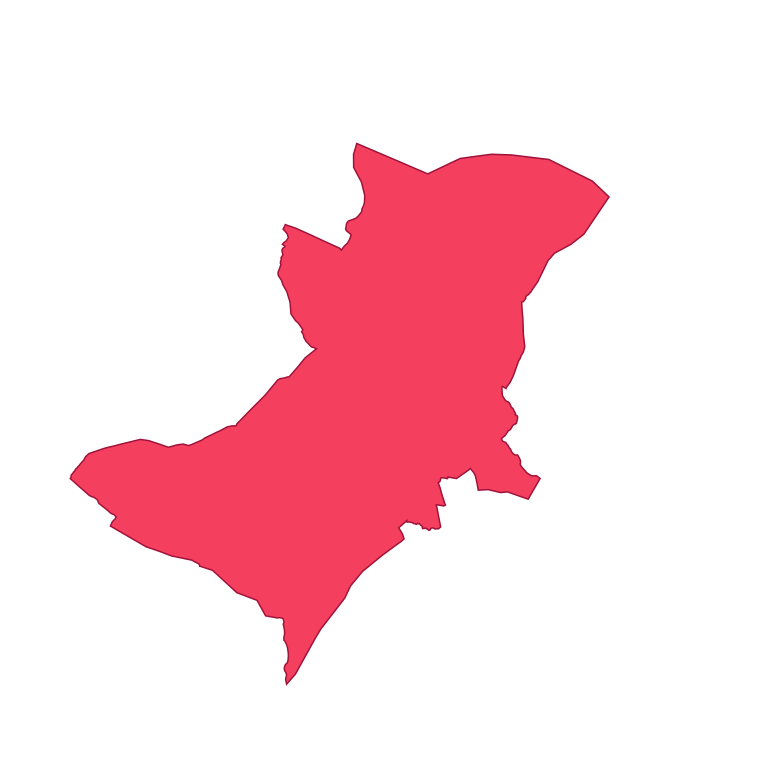 Ado-Ekiti, Ekiti, Nigeria, rotated 133°
{"feature_id": "59680162B25214275797379", "entity_name": "Ado-Ekiti", "entity_type": "district", "adm_level": 2, "iso_a3": "NGA", "parent_name": "Nigeria", "parent_adm1": "Ekiti", "projection": "mercator", "projection_center": [5.254, 7.621], "detail": "fine", "context": "isolated", "style": "filled", "palette": "rose", "viewbox_px": 768, "rotation_deg": 133, "n_neighbors": 0, "source": "geoboundaries", "source_scale": "gbopen_adm2", "svg_char_len": 5833}
<svg xmlns="http://www.w3.org/2000/svg" viewBox="0 0 768 768"><g transform="rotate(133 384 384)"><path d="M226.7,568.0L230.1,566.2L234.4,564.1L236.7,563.0L246.3,553.9L251.0,540.3L251.7,538.2L256.3,531.2L259.3,526.6L264.0,522.6L266.3,521.1L267.8,520.5L270.9,519.6L273.0,517.9L273.9,517.8L275.5,517.6L277.2,517.5L279.0,517.4L280.4,517.5L281.8,517.6L283.0,518.1L284.1,518.6L285.3,519.2L289.0,521.2L290.8,521.2L291.6,520.9L292.9,520.4L294.6,519.2L295.1,518.8L296.9,517.8L297.5,515.9L297.4,513.7L297.3,512.2L297.2,511.3L297.2,510.0L298.2,509.4L300.4,508.3L302.4,507.6L303.8,507.2L305.4,507.0L306.6,506.8L308.6,507.0L310.3,507.1L312.0,506.9L315.2,506.6L314.9,508.9L316.2,512.7L317.2,515.7L318.1,518.4L319.2,521.8L320.7,526.1L321.8,529.7L322.8,532.6L325.0,539.4L325.9,542.0L326.7,544.4L327.2,545.9L328.7,550.2L330.1,554.4L330.9,556.3L331.9,558.5L334.1,563.4L334.7,564.9L335.6,564.5L336.4,564.3L337.2,564.0L338.1,563.9L338.9,563.7L339.8,563.0L339.6,561.9L339.7,560.8L340.2,557.4L340.9,555.8L341.5,555.1L341.8,554.0L342.3,553.8L346.1,553.1L347.0,553.2L348.0,553.6L350.0,553.6L351.2,553.5L350.8,551.4L350.7,550.3L351.5,550.1L351.9,550.1L352.9,550.5L354.4,550.5L356.1,549.6L357.6,547.3L358.6,545.9L360.3,545.7L362.0,545.4L362.4,544.5L363.8,543.6L364.7,543.4L366.2,542.3L366.8,541.0L369.1,539.9L371.2,539.0L374.5,537.7L376.2,536.1L376.9,534.7L378.1,529.7L380.3,525.7L382.9,517.7L388.3,508.5L396.2,499.8L398.0,492.0L398.0,490.5L397.9,488.6L398.3,486.5L398.5,485.3L399.6,480.6L400.4,480.1L402.1,479.9L402.6,477.1L403.3,476.2L404.3,474.9L404.8,473.9L405.2,472.3L405.5,471.5L405.9,470.4L406.0,468.2L406.2,465.4L406.4,463.1L406.1,461.6L405.2,460.2L404.7,458.4L404.2,457.5L404.9,457.5L418.8,459.5L429.9,458.7L443.6,458.3L445.2,459.8L446.9,460.5L450.8,463.5L453.6,464.5L473.1,463.3L494.3,464.0L513.7,464.4L515.2,463.6L516.5,464.7L518.4,466.7L522.5,469.5L530.5,472.2L533.2,473.4L542.1,476.8L545.9,478.3L548.4,478.6L558.5,483.0L562.2,484.8L564.9,489.9L569.6,493.8L577.3,498.5L580.8,506.5L581.0,506.9L585.9,517.5L590.8,524.5L601.2,531.3L608.3,536.0L612.8,538.8L618.5,542.6L621.8,544.7L623.7,545.7L630.4,549.3L634.1,551.3L636.0,552.3L639.1,552.5L640.0,552.6L641.1,552.6L644.3,551.7L649.7,551.6L651.6,551.3L653.2,551.4L654.6,551.2L656.0,551.5L657.2,551.3L659.0,550.9L660.4,551.0L661.7,550.6L662.5,550.7L664.1,550.6L664.6,550.1L665.6,549.3L666.6,549.1L667.2,548.9L667.0,544.8L667.0,540.4L666.9,536.8L666.7,531.3L666.5,523.7L665.8,521.1L664.8,519.2L664.6,517.9L664.1,514.8L665.1,512.7L665.8,511.1L665.5,507.9L664.9,499.4L664.9,496.4L664.6,494.6L663.7,492.6L663.8,489.3L666.3,488.6L668.5,488.8L670.8,488.5L671.1,488.4L674.5,487.2L665.3,446.9L660.0,435.2L654.5,421.8L644.0,404.6L641.8,396.4L642.9,394.5L637.2,382.3L637.0,349.4L628.8,329.3L634.3,312.5L632.9,310.2L630.0,305.9L627.9,302.5L626.3,301.3L624.6,298.7L624.5,297.8L626.3,294.7L628.4,293.9L629.6,292.0L632.1,288.7L634.6,286.2L637.5,284.5L639.7,282.4L639.6,281.0L641.5,276.5L643.3,273.9L646.1,270.5L648.2,268.4L651.3,265.9L653.8,264.6L656.4,264.8L658.8,263.9L659.9,263.1L661.2,261.6L661.9,259.3L662.9,257.2L664.0,256.3L666.2,255.2L667.4,254.2L669.1,251.7L670.0,250.5L656.7,250.9L616.6,260.9L606.3,263.1L567.2,266.7L554.3,270.8L535.6,271.9L509.5,268.3L494.6,265.5L487.1,264.0L483.6,263.7L481.1,268.2L479.1,275.2L468.3,274.1L469.3,273.1L467.5,271.1L466.9,270.2L466.4,269.5L465.9,268.2L465.9,267.3L465.1,266.2L464.6,264.6L463.7,264.4L463.0,264.4L462.8,263.5L462.4,263.3L462.0,262.7L462.3,261.4L462.0,258.9L462.9,258.0L463.4,257.1L462.5,256.4L461.2,255.4L460.8,254.2L460.3,251.2L459.3,250.8L458.1,251.2L457.1,251.0L455.9,250.2L455.5,249.1L455.3,247.8L454.2,247.0L453.6,246.2L453.3,246.2L452.6,245.4L449.9,245.1L436.6,263.4L432.4,257.1L430.5,256.5L429.7,258.7L429.2,259.4L424.4,267.9L421.3,272.8L419.9,275.7L419.2,277.2L418.9,277.2L418.7,276.9L418.4,276.8L418.0,276.7L417.0,276.6L416.5,276.9L414.0,278.3L412.6,277.2L411.4,275.4L410.4,273.6L409.8,273.0L408.5,273.8L407.2,271.9L406.2,270.3L405.1,268.7L403.7,266.5L403.0,266.4L399.5,265.6L396.3,265.0L394.8,264.6L392.3,264.1L389.1,263.4L387.8,263.4L386.9,263.3L387.6,258.2L388.8,254.6L393.3,248.0L397.4,242.7L392.4,237.9L390.2,235.8L388.9,233.5L387.1,230.4L386.0,228.4L383.9,224.7L378.7,220.1L371.9,204.5L369.9,200.0L360.1,202.3L346.6,205.4L346.8,206.5L346.9,208.7L347.2,210.2L349.1,211.8L350.6,213.8L351.1,216.3L351.5,219.1L351.1,222.9L350.7,227.3L349.9,229.4L347.2,231.6L345.9,234.2L344.8,237.8L346.5,239.8L347.0,241.8L346.6,244.1L346.0,245.8L345.3,247.1L345.2,248.8L344.8,250.2L344.3,251.3L344.2,253.1L343.7,255.2L344.4,256.7L344.9,258.2L344.1,260.7L343.0,260.7L342.2,260.8L341.6,260.7L340.6,260.5L339.3,260.2L334.9,260.9L333.8,261.2L333.2,261.1L332.9,260.9L331.4,260.6L330.5,260.6L328.3,261.1L326.7,261.6L324.9,261.2L323.3,260.5L322.6,260.4L321.8,260.8L320.4,261.5L318.9,262.4L316.9,263.8L316.5,265.0L316.5,265.9L316.7,266.4L316.8,266.5L316.9,267.0L316.4,267.5L315.7,268.0L315.0,270.6L314.6,271.3L314.0,272.8L314.0,273.4L314.1,274.5L314.1,275.2L313.7,276.0L313.0,277.5L312.3,279.6L312.4,281.3L313.1,282.5L313.1,284.4L312.6,286.5L312.1,288.3L311.6,289.6L309.2,292.3L307.7,293.9L306.5,295.1L305.0,295.8L304.7,294.7L304.6,294.1L304.1,291.7L302.0,292.3L296.7,292.9L290.2,294.9L283.6,297.7L275.3,301.3L273.0,301.7L271.0,302.4L269.8,303.0L267.9,303.4L266.1,303.7L263.6,304.9L260.6,306.6L258.5,309.1L252.3,316.3L248.9,319.6L241.2,327.3L236.6,332.5L234.1,335.1L230.2,339.2L228.6,338.2L227.5,338.4L226.4,338.5L224.8,338.7L223.5,339.8L221.5,339.9L220.2,339.3L217.3,339.4L216.1,339.4L215.2,339.7L214.8,339.8L204.2,341.3L203.2,341.7L197.8,343.3L189.0,346.0L181.9,348.2L172.0,348.5L154.6,342.6L138.3,340.0L93.7,347.0L93.5,370.1L107.4,416.6L129.7,447.2L142.8,462.2L157.9,474.6L167.0,482.0L176.4,485.8L183.6,488.6L195.7,493.4L200.5,495.3L204.8,507.2L209.3,519.8L212.9,529.8L218.2,544.5L222.9,557.5L226.7,568.0Z" fill="#f43f5e" stroke="#9f1239" stroke-width="1.5"/></g></svg>